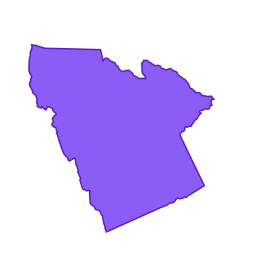 Morpará, Bahia, Brazil (Robinson projection), rotated 350°
{"feature_id": "56859067B97769813670820", "entity_name": "Morpará", "entity_type": "district", "adm_level": 2, "iso_a3": "BRA", "parent_name": "Brazil", "parent_adm1": "Bahia", "projection": "robinson", "projection_center": [-43.039, -11.751], "detail": "fine", "context": "isolated", "style": "filled", "palette": "violet", "viewbox_px": 256, "rotation_deg": 350, "n_neighbors": 0, "source": "geoboundaries", "source_scale": "gbopen_adm2", "svg_char_len": 4100}
<svg xmlns="http://www.w3.org/2000/svg" viewBox="0 0 256 256"><g transform="rotate(350 128 128)"><path d="M41.4,58.2L41.8,59.2L42.0,60.3L41.9,61.4L40.7,62.5L40.5,63.8L40.5,65.1L39.1,66.0L38.8,67.3L38.4,68.4L38.6,69.4L39.1,70.8L39.6,72.2L40.1,73.5L40.3,74.9L40.2,76.2L40.7,77.5L41.6,78.2L42.5,79.3L43.0,80.9L43.2,82.4L43.3,83.7L43.4,85.5L42.7,86.2L42.6,87.6L42.9,88.7L42.5,91.0L43.7,92.0L44.9,92.8L46.3,93.2L47.0,92.2L48.0,93.0L48.8,94.6L49.6,95.7L50.8,95.7L51.3,94.5L52.3,93.3L54.0,93.5L54.8,94.1L56.0,94.9L56.8,95.2L57.4,96.1L56.8,97.2L57.7,98.9L58.3,99.7L59.4,100.4L59.6,102.3L58.0,102.9L56.9,104.3L55.6,104.7L55.0,106.1L55.7,108.1L55.0,109.6L53.8,110.9L53.7,112.1L54.5,113.3L55.4,114.3L56.7,114.6L57.0,115.9L57.2,118.2L58.0,119.7L56.7,120.4L57.2,121.5L57.5,124.2L57.8,126.1L57.9,127.6L58.0,129.2L58.4,130.8L58.5,132.0L58.6,133.4L59.0,134.9L59.1,136.5L59.5,137.9L59.8,139.9L60.4,142.1L61.1,143.7L62.2,145.5L63.2,146.6L63.4,148.1L63.8,149.9L65.0,150.2L66.8,149.5L68.1,149.0L69.3,148.4L70.4,148.8L70.6,150.3L70.6,151.4L70.6,152.9L70.4,154.2L70.6,155.3L70.9,156.8L71.4,158.7L71.3,160.1L71.8,161.4L70.9,162.6L71.3,164.1L71.7,165.4L71.9,166.6L72.2,168.1L72.5,169.5L71.6,170.8L71.7,172.2L71.9,173.7L72.2,175.3L72.3,176.9L72.5,178.6L73.0,180.1L73.5,181.1L74.8,181.1L75.9,182.3L76.7,182.8L78.0,182.7L79.6,183.2L79.0,184.8L78.8,186.0L78.5,188.3L78.3,189.8L78.2,191.3L78.4,192.5L77.9,193.5L77.8,194.7L77.8,196.0L78.8,197.2L79.6,198.2L80.5,198.6L81.4,200.2L81.7,202.4L82.8,203.1L83.7,203.4L84.6,203.8L85.9,204.9L86.4,206.6L86.6,208.7L87.6,209.8L87.5,211.4L87.6,213.0L87.7,214.4L87.6,215.9L87.6,217.4L87.8,219.1L88.2,220.4L88.2,221.6L88.0,223.0L88.2,224.3L88.6,225.5L88.7,226.6L139.4,213.8L141.5,213.3L146.0,212.1L151.0,211.0L152.5,211.0L153.9,210.2L155.0,209.7L156.1,209.1L157.3,209.3L158.3,209.5L159.7,209.2L161.1,208.4L162.4,207.2L163.5,206.2L164.7,205.8L166.4,206.5L168.2,206.8L169.4,206.7L170.3,206.2L171.3,206.1L172.4,206.2L174.0,206.2L175.6,205.0L193.2,198.1L183.3,163.5L177.9,143.7L178.6,143.0L179.5,141.8L180.5,141.0L181.6,141.1L182.8,140.6L183.7,139.2L183.9,137.6L185.0,136.6L186.3,137.5L187.6,137.1L189.0,137.1L190.5,137.1L191.6,135.6L192.9,134.5L193.9,133.7L194.5,132.5L195.4,131.9L196.6,131.6L197.6,130.8L198.5,129.6L199.4,128.6L200.3,127.7L201.2,126.9L202.5,126.3L201.9,125.4L201.1,124.7L201.8,123.5L203.5,123.4L205.2,123.4L206.8,122.7L208.3,122.5L209.1,123.2L210.4,123.4L211.5,122.8L212.2,121.9L212.2,120.5L213.5,119.9L214.5,120.4L214.5,119.3L214.1,118.0L214.4,116.8L214.8,115.5L215.5,114.4L216.6,114.7L217.6,114.5L216.4,112.7L215.6,111.1L214.1,111.0L213.1,111.0L211.5,110.6L210.0,110.2L208.7,109.3L207.4,109.1L206.3,108.8L205.9,107.4L205.2,106.3L204.4,105.7L203.0,105.2L201.6,105.4L200.7,104.1L200.1,103.2L199.1,102.5L198.3,101.0L196.9,100.0L196.0,99.4L195.6,97.6L195.4,96.0L195.0,94.5L194.0,93.0L193.1,91.0L192.4,90.0L191.3,89.2L190.3,88.3L189.1,87.0L188.0,86.0L186.7,84.8L186.4,83.3L185.9,82.0L185.2,80.9L184.3,80.2L183.2,79.9L182.3,79.6L181.8,78.5L181.0,77.5L179.9,76.8L178.6,76.8L177.6,77.1L176.0,77.2L174.8,77.2L173.9,76.3L173.1,75.7L172.1,75.3L171.2,74.9L170.8,73.6L170.2,72.1L168.8,71.8L167.8,71.4L166.8,71.5L165.5,71.1L164.2,70.6L163.5,69.5L162.6,68.9L161.6,67.8L160.9,67.0L159.9,66.6L159.3,65.6L158.3,64.6L155.3,64.2L154.4,65.2L153.6,65.9L152.5,67.0L152.5,68.6L152.6,70.2L152.1,72.2L151.8,73.5L151.7,74.8L151.8,76.3L152.2,77.6L152.8,78.5L153.6,79.4L153.8,80.8L153.9,82.4L152.5,82.1L151.6,81.9L150.5,81.5L149.4,81.3L148.2,81.3L146.8,80.9L146.0,79.7L145.2,79.1L144.3,78.3L143.3,77.9L142.6,76.8L142.3,75.8L141.7,74.6L140.6,73.5L139.9,72.6L139.3,71.5L138.1,71.1L137.1,71.2L135.6,71.0L134.4,71.3L132.6,71.5L131.5,71.0L130.6,69.9L129.4,68.2L129.2,66.9L128.5,65.3L127.4,64.5L126.9,63.3L126.6,61.8L125.2,60.7L123.8,59.9L122.5,59.2L121.6,58.2L120.9,56.7L119.7,56.0L118.7,55.3L116.8,55.7L116.1,56.7L115.1,57.6L114.5,46.1L83.2,39.7L60.1,35.1L50.9,30.4L47.4,29.4L47.7,30.9L47.1,32.9L45.9,34.8L45.5,35.9L44.7,37.2L44.5,39.3L43.7,41.1L42.8,43.0L42.2,45.3L42.0,46.9L41.6,48.7L40.9,51.7L40.6,52.8L40.4,54.0L40.5,55.5L40.9,57.2L41.4,58.2Z" fill="#8b5cf6" stroke="#5b21b6" stroke-width="1.5"/></g></svg>